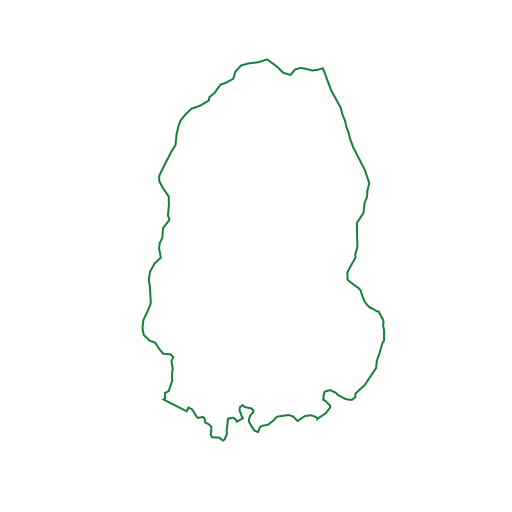 the district of Awlad Saqr, Ash Sharqiyah, Egypt, rotated 330°
{"feature_id": "37247803B9128423140503", "entity_name": "Awlad Saqr", "entity_type": "district", "adm_level": 2, "iso_a3": "EGY", "parent_name": "Egypt", "parent_adm1": "Ash Sharqiyah", "projection": "albers", "projection_center": [31.765, 30.969], "detail": "fine", "context": "isolated", "style": "outline", "palette": "green", "viewbox_px": 512, "rotation_deg": 330, "n_neighbors": 0, "source": "geoboundaries", "source_scale": "gbopen_adm2", "svg_char_len": 3535}
<svg xmlns="http://www.w3.org/2000/svg" viewBox="0 0 512 512"><g transform="rotate(330 256 256)"><path d="M364.0,91.5L362.4,91.0L361.5,90.8L355.9,89.6L355.0,89.4L345.9,85.5L343.8,85.0L338.5,83.5L331.6,85.6L330.2,86.2L326.8,89.4L325.0,91.1L317.6,91.0L313.1,90.3L311.1,89.9L310.6,90.1L305.5,92.2L301.7,94.1L301.1,94.2L296.8,94.9L294.9,95.2L292.9,97.7L283.8,97.9L282.9,97.9L273.8,96.2L266.4,97.9L258.6,100.8L253.2,105.3L252.6,106.0L251.3,107.4L247.4,111.7L246.6,112.9L241.9,119.5L241.5,119.8L234.5,123.5L232.5,124.8L230.3,126.3L225.3,129.4L224.7,129.8L212.5,138.0L210.6,141.0L209.7,142.4L209.3,150.7L209.5,151.5L210.1,161.0L209.4,162.3L206.4,167.7L206.1,168.3L203.8,171.5L201.3,175.0L200.0,176.8L199.9,177.3L199.5,180.7L198.5,181.7L194.8,183.2L194.2,183.4L189.5,185.3L187.5,188.2L185.1,191.7L184.4,192.8L183.7,193.7L179.3,196.4L176.0,200.8L172.7,209.8L167.7,211.0L164.6,211.7L156.3,216.7L153.7,219.9L152.9,220.9L151.9,222.2L150.2,225.5L149.3,228.4L142.5,242.0L141.3,244.1L141.0,244.5L139.2,246.0L135.3,249.1L129.6,253.0L129.2,253.3L126.5,255.1L121.6,261.7L119.3,268.4L121.5,276.1L123.3,278.2L125.3,280.6L125.8,288.9L126.8,294.3L132.6,298.3L133.9,302.3L131.8,303.6L131.2,304.0L130.3,304.6L129.2,307.4L127.5,312.0L126.5,313.2L124.4,316.1L124.1,316.7L122.6,319.3L120.9,322.2L112.9,329.3L109.4,329.2L108.6,329.1L107.2,331.6L106.8,333.2L104.9,334.1L104.2,334.1L118.3,355.8L119.8,354.8L121.7,353.5L123.7,356.3L124.3,360.1L124.2,365.1L124.7,367.0L126.0,367.7L128.4,368.4L129.7,369.0L130.2,371.6L128.9,374.0L128.9,375.3L130.1,376.6L131.3,379.1L131.9,381.7L128.7,386.6L127.4,387.9L127.4,388.7L127.3,391.0L130.4,393.0L133.5,395.0L134.6,398.1L135.2,399.4L136.8,399.2L137.3,399.1L142.2,395.2L142.8,393.3L150.5,382.8L155.5,384.8L156.7,387.3L156.6,389.9L163.4,390.0L163.5,386.9L164.2,385.0L164.2,382.5L165.5,380.0L166.8,378.8L169.9,378.4L170.5,380.8L171.7,382.1L175.4,385.3L176.3,387.2L176.6,387.9L175.9,389.7L170.9,391.5L169.6,392.7L167.7,394.6L167.0,396.4L167.0,399.6L166.9,402.1L167.4,406.5L169.7,409.5L172.4,407.3L174.3,406.1L175.5,406.1L176.8,406.1L178.0,406.8L182.3,408.2L185.5,407.6L189.2,407.1L192.3,405.9L194.8,406.0L204.7,410.0L205.9,411.3L206.4,411.8L207.7,413.2L208.3,415.1L209.5,419.6L210.7,419.6L217.6,419.1L218.8,419.2L221.9,420.5L223.7,421.2L226.2,423.8L227.4,425.7L228.0,427.0L227.5,427.9L229.7,427.5L237.8,427.1L244.7,424.1L245.4,422.9L243.6,415.9L242.3,414.1L243.2,412.9L243.7,412.2L244.4,411.5L244.4,410.9L247.6,407.8L253.1,409.2L256.8,414.4L257.3,416.9L259.1,420.1L260.9,422.7L261.5,423.9L263.3,425.9L265.5,427.4L267.0,428.5L271.4,428.0L273.3,424.9L274.7,424.6L277.2,424.0L280.3,423.3L285.9,422.0L290.1,419.9L304.1,413.0L308.0,407.5L310.3,405.4L313.5,402.8L321.9,394.6L324.5,393.4L329.6,384.7L331.6,379.1L332.9,377.8L333.6,376.3L334.2,374.7L334.4,365.3L333.2,364.6L329.6,358.2L329.0,358.2L327.8,353.8L327.3,350.0L328.0,344.3L329.4,338.1L328.9,335.5L325.2,327.0L324.7,326.0L323.5,322.2L324.2,320.9L326.8,316.0L334.4,311.1L340.0,308.1L341.9,306.3L342.6,304.4L348.3,298.9L354.8,287.0L359.7,278.2L360.0,277.7L363.8,275.9L366.2,274.7L370.7,272.3L377.1,263.7L380.9,261.2L384.1,256.9L384.1,256.3L390.5,249.5L393.3,235.7L394.5,210.6L395.9,202.4L397.9,195.5L398.7,189.9L400.7,183.6L401.4,177.4L403.5,169.8L403.6,163.6L403.9,151.3L403.9,150.3L407.8,126.9L406.3,126.5L403.9,125.9L402.9,125.7L402.2,125.6L401.1,125.0L399.5,124.2L397.6,123.6L394.5,120.5L392.8,118.8L390.9,117.3L388.5,115.3L382.9,114.0L382.4,114.2L376.4,116.5L373.7,113.6L371.2,110.9L369.3,104.1L368.8,102.4L364.0,91.5Z" fill="none" stroke="#15803d" stroke-width="2"/></g></svg>